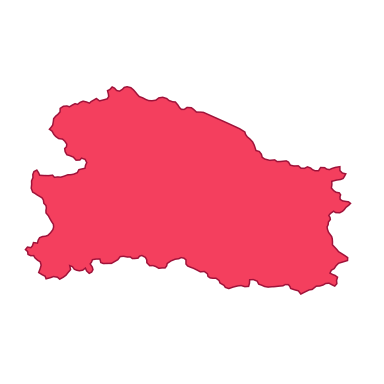 the district of Alegre, Espírito Santo, Brazil, rotated 275°
{"feature_id": "56859067B15605132089544", "entity_name": "Alegre", "entity_type": "district", "adm_level": 2, "iso_a3": "BRA", "parent_name": "Brazil", "parent_adm1": "Espírito Santo", "projection": "natural_earth1", "projection_center": [-41.524, -20.728], "detail": "fine", "context": "isolated", "style": "filled", "palette": "rose", "viewbox_px": 384, "rotation_deg": 275, "n_neighbors": 0, "source": "geoboundaries", "source_scale": "gbopen_adm2", "svg_char_len": 4261}
<svg xmlns="http://www.w3.org/2000/svg" viewBox="0 0 384 384"><g transform="rotate(275 192 192)"><path d="M260.3,53.6L257.6,51.6L255.8,49.7L253.1,47.8L249.9,47.7L246.5,47.4L244.0,45.9L242.1,44.5L240.4,47.3L237.3,49.4L235.5,51.3L233.6,54.5L233.4,58.4L231.6,60.8L228.7,63.1L226.1,63.0L224.2,61.4L221.1,62.1L218.2,64.1L217.6,67.0L216.4,70.8L213.6,73.7L214.1,77.5L216.1,79.0L215.2,82.7L212.1,84.6L209.4,83.6L206.3,83.3L205.3,80.1L204.4,77.4L201.3,76.1L199.5,72.7L198.7,69.9L198.3,66.7L196.7,63.4L195.3,59.9L195.3,56.9L194.6,53.7L196.6,51.6L195.8,47.6L195.5,43.0L195.4,38.8L197.9,37.4L200.3,35.5L198.6,32.8L195.6,31.9L192.4,32.3L189.1,31.2L185.6,31.6L181.8,31.5L178.0,33.3L176.9,35.7L175.7,37.8L174.6,40.1L173.2,43.0L171.2,44.6L167.8,45.4L165.8,47.7L163.4,48.3L161.0,48.1L158.4,48.4L155.8,51.0L152.6,53.1L150.3,54.7L147.8,56.7L145.1,57.2L142.4,56.7L139.0,54.6L136.3,52.3L135.2,50.0L134.6,46.9L133.2,44.2L130.7,43.0L127.6,42.5L127.8,38.5L124.4,37.7L122.5,36.3L122.8,32.9L120.1,31.1L118.4,33.4L115.5,34.1L114.5,36.9L114.8,39.8L112.7,41.3L110.6,44.1L109.2,46.9L106.0,48.1L102.3,47.4L98.4,46.3L96.6,49.8L95.3,53.0L92.8,54.2L94.3,58.4L95.7,61.4L95.4,65.4L93.6,67.8L95.9,71.2L98.1,73.7L100.6,75.3L104.1,77.8L108.0,76.6L107.2,79.4L104.8,81.5L104.0,84.0L103.7,86.7L104.6,90.0L106.9,92.4L104.2,93.9L102.0,96.7L103.5,99.0L106.0,100.1L108.5,99.2L111.5,96.8L113.4,98.0L115.9,98.7L116.8,102.1L117.2,106.1L113.8,107.3L113.0,109.9L113.4,113.2L113.9,118.0L115.9,120.9L118.1,124.0L121.4,126.1L122.0,129.4L121.6,133.4L121.9,136.3L120.5,138.4L120.8,141.0L121.4,144.0L123.5,145.3L124.4,147.6L122.8,151.3L120.5,152.8L117.6,153.2L114.9,156.3L115.3,159.6L114.6,162.4L113.1,165.6L113.8,169.0L114.0,171.8L116.2,173.2L118.6,173.5L121.5,177.0L123.6,181.1L124.4,184.7L125.7,186.8L125.4,189.7L123.9,191.9L119.7,192.3L117.9,194.1L116.9,197.2L116.1,200.2L114.6,204.0L113.2,207.3L113.9,211.2L111.9,214.5L109.3,215.3L108.0,217.6L107.9,220.6L108.2,223.4L106.2,226.7L103.8,227.8L101.8,232.0L99.9,233.5L99.0,237.1L100.9,241.3L102.5,246.0L103.1,249.2L102.3,252.9L102.9,256.6L106.1,257.2L109.6,257.1L110.1,260.8L108.9,264.7L106.0,266.5L105.3,269.4L104.2,272.5L103.9,276.1L104.5,279.3L104.9,282.5L105.8,286.9L106.5,290.8L107.9,292.9L108.1,296.1L106.5,297.7L104.5,298.7L103.6,302.3L102.8,306.6L99.8,309.3L102.0,312.8L104.7,317.3L105.4,320.2L107.2,322.1L109.0,324.0L109.5,327.5L110.8,330.7L112.5,333.1L113.1,336.4L111.7,339.7L110.7,342.4L113.3,344.3L116.5,343.7L119.8,344.4L121.4,341.7L122.1,339.2L123.2,336.5L126.2,337.6L128.1,340.3L131.2,342.0L133.8,344.2L134.9,347.0L136.0,349.7L137.3,352.9L140.2,352.8L142.0,349.7L144.0,345.8L145.3,343.2L147.3,341.3L149.4,339.0L151.6,336.5L154.6,336.3L157.7,335.8L159.8,335.0L161.5,333.5L163.8,331.5L166.6,330.2L169.0,329.6L171.3,330.5L174.0,330.5L176.6,332.2L178.7,331.7L180.5,330.3L182.6,331.7L185.2,334.7L184.0,336.9L184.2,341.0L185.9,343.6L187.7,345.2L190.1,346.7L192.5,349.3L194.5,350.9L195.9,348.7L196.0,346.1L196.3,342.7L197.5,340.3L200.1,339.8L202.1,340.3L204.0,338.8L204.3,335.5L205.7,333.0L208.1,330.5L211.4,330.7L214.8,330.3L216.5,335.0L217.4,338.9L218.6,341.3L220.6,342.4L223.5,343.6L224.0,340.1L226.2,337.5L230.1,337.1L229.0,332.7L227.7,329.5L226.3,327.0L226.5,324.2L227.8,322.0L227.6,318.0L224.2,316.2L223.9,312.7L224.8,310.0L226.2,308.1L227.1,304.8L225.4,302.1L225.2,298.5L227.3,295.7L226.8,291.2L227.3,287.6L230.2,285.5L231.2,283.2L230.1,277.5L229.7,274.1L231.2,271.6L230.3,266.6L231.2,261.5L232.7,258.9L235.7,257.8L238.2,255.5L238.9,252.1L241.5,251.0L244.1,249.9L247.2,248.0L249.8,245.1L251.8,242.2L254.1,240.3L256.4,239.4L259.2,233.9L263.9,220.8L272.3,196.5L272.3,193.6L272.0,189.5L274.5,186.3L275.9,184.0L275.8,179.7L273.6,177.1L273.4,174.2L275.0,172.2L277.5,170.3L280.2,167.6L280.2,164.8L281.2,161.0L282.9,158.7L283.8,154.6L282.9,150.8L280.3,148.0L279.4,144.1L279.3,140.8L280.1,138.0L281.5,134.7L282.5,131.1L284.4,129.0L286.5,127.0L288.6,124.8L290.6,122.0L291.2,118.2L290.3,115.4L288.2,113.7L286.1,110.9L286.6,108.0L288.7,105.8L289.7,103.3L286.9,101.2L285.6,99.0L282.5,100.1L279.8,100.7L277.4,99.4L276.1,96.0L274.7,91.9L276.8,88.6L274.8,85.8L273.3,83.6L271.6,82.1L272.5,78.9L273.0,75.6L271.6,72.8L269.3,70.3L269.8,67.8L268.2,65.2L266.2,62.5L266.8,59.9L266.2,56.4L263.8,53.4L260.3,53.6Z" fill="#f43f5e" stroke="#9f1239" stroke-width="1.5"/></g></svg>